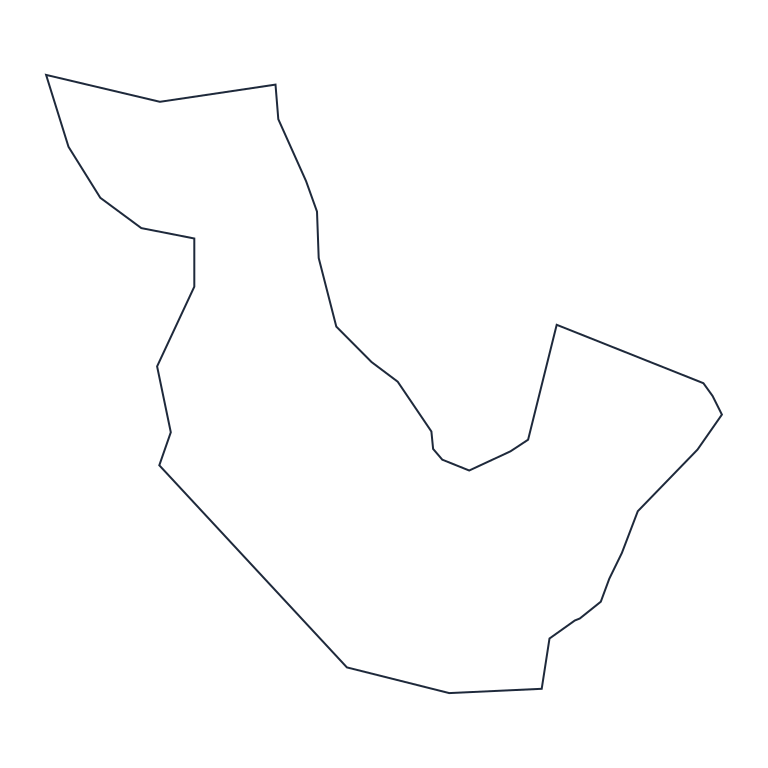 map outline of Piran (orthographic projection)
{"feature_id": "SVN-1033", "entity_name": "Piran", "entity_type": "Municipality", "adm_level": 1, "iso_a3": "SVN", "parent_name": "Slovenia", "parent_adm1": "", "projection": "orthographic", "projection_center": [13.635, 45.499], "detail": "fine", "context": "isolated", "style": "outline", "palette": "slate", "viewbox_px": 768, "rotation_deg": 0, "n_neighbors": 0, "source": "natural_earth", "source_scale": "10m", "svg_char_len": 627}
<svg xmlns="http://www.w3.org/2000/svg" viewBox="0 0 768 768"><path d="M449.1,693.1L448.5,692.9L346.9,667.4L159.3,465.3L170.8,432.3L157.1,366.4L194.3,286.7L194.3,238.5L141.3,228.1L100.3,197.8L68.5,146.8L46.1,74.9L159.9,101.8L275.5,84.6L278.3,119.2L306.1,181.2L317.0,211.6L318.7,258.0L336.3,326.6L371.6,362.1L397.7,381.7L431.4,431.5L433.1,448.9L442.3,459.7L469.2,470.5L510.5,451.3L528.1,439.7L556.7,324.8L703.4,383.2L712.6,396.0L721.9,414.6L697.5,449.6L637.8,511.2L621.9,552.9L609.3,578.7L600.8,601.7L579.8,618.5L574.8,620.5L549.5,638.5L542.0,686.9L541.7,688.8L449.1,693.1Z" fill="none" stroke="#1e293b" stroke-width="2"/></svg>